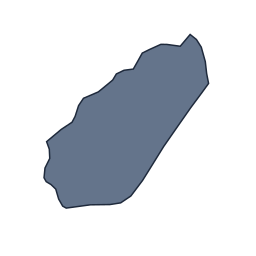 SVG path tracing the border of Wadi al Hayaa, rotated 161°
{"feature_id": "LBY-5488", "entity_name": "Wadi al Hayaa", "entity_type": "Municipality", "adm_level": 1, "iso_a3": "LBY", "parent_name": "Libya", "parent_adm1": "", "projection": "robinson", "projection_center": [12.828, 26.42], "detail": "fine", "context": "isolated", "style": "filled", "palette": "slate", "viewbox_px": 256, "rotation_deg": 161, "n_neighbors": 0, "source": "natural_earth", "source_scale": "10m", "svg_char_len": 683}
<svg xmlns="http://www.w3.org/2000/svg" viewBox="0 0 256 256"><g transform="rotate(161 128 128)"><path d="M212.5,72.4L215.2,75.4L216.7,83.4L216.2,93.7L219.2,99.6L222.8,103.9L223.6,108.3L219.5,117.2L211.9,124.7L209.3,133.6L209.4,141.6L191.6,148.4L179.0,151.7L174.2,156.2L167.4,165.3L160.4,170.6L144.3,171.8L133.2,175.9L126.9,178.3L121.4,182.9L113.0,183.9L103.8,182.0L96.9,188.1L90.1,194.2L82.4,195.2L69.7,196.4L64.1,194.4L52.0,188.3L38.8,196.2L34.5,189.4L32.4,180.6L33.3,165.6L35.9,153.9L37.3,143.9L46.3,137.6L62.2,126.7L80.2,113.6L100.3,98.9L118.2,84.3L131.4,73.6L147.4,62.8L159.3,59.6L170.0,61.5L188.5,67.6L212.5,72.4Z" fill="#64748b" stroke="#1e293b" stroke-width="1.5"/></g></svg>